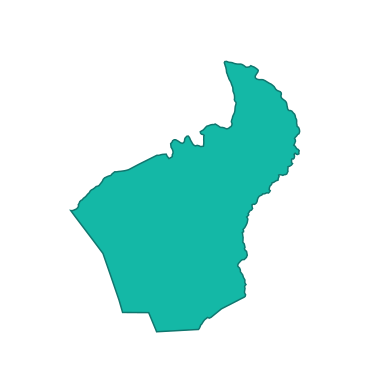 Maracás, Bahia, Brazil, rotated 209°
{"feature_id": "56859067B13324935934873", "entity_name": "Maracás", "entity_type": "district", "adm_level": 2, "iso_a3": "BRA", "parent_name": "Brazil", "parent_adm1": "Bahia", "projection": "albers", "projection_center": [-40.57, -13.536], "detail": "fine", "context": "isolated", "style": "filled", "palette": "teal", "viewbox_px": 384, "rotation_deg": 209, "n_neighbors": 0, "source": "geoboundaries", "source_scale": "gbopen_adm2", "svg_char_len": 5070}
<svg xmlns="http://www.w3.org/2000/svg" viewBox="0 0 384 384"><g transform="rotate(209 192 192)"><path d="M143.8,311.1L145.3,311.0L146.6,310.3L148.0,310.6L148.9,311.4L149.7,312.4L150.7,313.5L151.7,314.8L152.6,315.8L153.7,316.5L154.9,316.9L156.6,317.1L158.5,317.4L159.7,317.9L160.8,319.1L161.3,321.0L162.1,322.0L163.4,322.5L165.0,322.3L166.7,322.1L168.4,322.4L169.5,323.0L171.3,324.0L173.1,324.4L175.0,324.7L177.3,324.6L180.2,324.7L182.2,324.8L184.5,324.6L186.0,323.8L187.2,323.1L188.6,322.5L190.2,322.2L192.0,322.6L192.9,324.0L192.8,326.8L192.6,329.1L193.1,330.6L194.4,331.0L195.6,331.2L198.3,331.4L200.1,331.1L201.8,331.0L202.4,329.4L203.6,328.3L205.4,327.3L206.8,327.6L208.4,327.8L210.1,327.8L211.4,327.5L213.7,326.2L214.8,325.7L217.0,325.0L219.6,324.6L221.0,324.1L222.2,323.5L223.3,323.2L225.1,323.0L226.5,322.0L226.4,320.7L225.0,319.4L223.8,318.2L222.9,317.5L222.0,316.4L221.1,315.4L220.4,314.3L219.4,313.0L218.3,312.3L217.3,311.2L215.8,310.1L214.8,309.1L213.7,308.3L212.4,307.6L210.9,306.6L209.6,305.3L208.5,304.4L207.2,303.4L206.2,302.0L205.1,300.2L203.6,298.9L202.7,298.2L201.6,296.9L200.9,295.8L200.3,294.8L199.7,293.2L198.3,292.2L197.0,291.8L196.2,290.4L195.9,288.9L195.6,287.7L194.8,285.8L193.9,283.9L193.3,281.8L193.2,279.9L193.1,278.5L192.9,277.3L192.5,276.2L192.2,274.4L191.8,272.8L191.0,271.9L190.1,271.3L189.6,269.9L189.5,268.3L190.3,267.0L190.9,265.4L192.1,264.1L193.6,263.8L195.1,263.7L197.0,263.1L198.0,262.5L199.1,262.3L200.4,262.5L201.7,262.6L203.5,262.7L204.7,262.7L205.4,261.7L206.9,260.9L208.2,259.8L209.6,258.1L211.0,256.7L211.5,254.9L211.9,253.0L212.2,251.8L213.0,250.5L214.0,248.7L212.9,247.5L211.7,247.2L210.2,247.6L208.9,247.4L208.6,246.1L207.9,245.0L207.1,243.4L206.1,241.8L205.4,240.5L204.7,238.9L204.2,237.6L205.6,236.5L206.8,235.8L208.3,235.8L210.1,235.3L211.4,233.9L213.4,233.9L215.1,234.6L216.8,235.7L218.2,236.5L219.6,237.6L220.8,238.5L222.5,239.1L223.6,238.2L224.2,235.6L223.8,234.1L223.2,232.8L223.2,231.3L224.0,229.9L226.0,229.5L228.2,229.8L229.6,229.8L231.5,229.8L232.9,229.1L233.8,227.4L233.6,226.0L234.1,223.9L232.8,222.1L232.0,221.0L229.9,219.8L228.8,218.8L228.0,217.9L227.4,216.6L227.3,214.9L226.4,213.4L227.4,211.5L228.4,210.1L230.2,210.9L231.5,211.5L232.9,212.6L234.5,211.6L235.9,210.7L237.2,209.6L238.0,208.7L239.1,207.8L240.5,207.1L252.1,190.2L258.1,181.0L259.3,179.7L260.6,178.5L261.8,177.5L263.0,176.6L264.3,175.6L266.1,174.4L268.0,172.9L269.3,172.3L269.9,171.0L270.7,169.0L271.0,167.1L272.5,165.7L273.5,164.5L274.2,163.5L275.3,162.0L275.8,160.0L275.6,157.9L275.9,156.0L276.2,154.1L276.4,152.7L277.1,151.6L278.5,150.3L279.2,148.2L280.0,146.5L281.0,145.0L281.5,143.6L281.5,141.6L282.2,139.5L282.4,138.4L282.6,137.1L283.1,135.6L283.9,133.9L284.2,132.0L285.0,130.8L285.5,129.0L285.2,127.4L285.3,125.7L284.4,124.8L284.3,123.1L284.8,121.2L286.1,119.5L287.0,118.3L288.1,117.4L289.1,117.0L283.0,114.2L254.8,101.7L240.1,95.1L223.8,80.5L216.6,74.0L203.3,62.0L198.6,57.3L194.3,53.0L171.4,65.5L158.8,55.5L156.9,54.0L155.2,52.6L123.4,72.6L119.7,74.9L119.5,76.3L119.6,78.1L119.9,79.8L119.5,81.1L119.4,83.2L119.2,85.2L119.0,86.4L118.5,87.6L117.6,89.8L115.7,90.1L114.6,91.6L113.4,94.6L109.6,104.1L97.7,121.9L95.3,125.4L94.9,126.5L95.3,128.1L97.1,129.2L97.8,130.4L98.3,131.8L98.9,133.4L100.0,134.5L100.3,135.9L99.9,137.2L100.9,137.7L102.1,138.6L102.6,139.9L103.3,140.9L104.4,141.5L105.7,142.3L107.4,144.0L109.2,144.9L110.9,145.6L111.9,147.2L113.4,148.5L114.5,148.8L116.0,149.3L116.7,150.7L116.7,152.2L116.4,153.5L116.0,155.4L115.2,157.2L113.6,158.2L113.1,159.8L112.7,161.2L112.9,162.3L113.0,163.5L114.0,164.7L114.8,165.7L115.6,166.6L116.8,166.7L117.9,167.2L118.8,168.1L118.8,169.3L119.9,170.5L121.1,171.9L123.2,172.7L124.0,174.5L124.6,175.6L125.2,176.9L126.5,178.5L127.4,179.8L128.4,181.0L127.6,182.2L128.2,183.2L129.2,184.0L128.9,185.2L128.6,186.4L128.6,187.8L128.6,189.4L128.8,191.6L129.3,193.3L130.0,195.3L130.8,196.0L132.1,196.6L131.7,197.8L131.3,199.5L132.4,200.3L132.3,202.0L132.2,203.8L131.2,205.0L131.0,206.9L132.3,208.2L133.3,209.9L132.5,211.1L131.2,211.6L130.4,213.6L130.5,215.3L131.1,217.2L131.4,219.1L131.1,221.1L130.1,222.4L129.4,223.4L129.3,224.6L128.2,225.2L127.2,226.1L126.3,227.5L124.6,228.2L124.2,229.7L124.2,231.1L125.6,231.4L126.3,233.0L126.7,235.0L126.3,236.1L126.1,237.3L126.4,239.0L125.3,239.9L124.5,241.5L123.7,242.8L122.5,244.0L123.3,246.3L123.3,247.6L124.4,248.8L123.3,249.9L121.8,250.4L120.6,250.6L119.7,251.9L118.6,252.6L117.9,253.7L118.0,255.1L118.1,256.7L118.9,257.6L119.5,259.1L120.3,260.7L119.1,261.9L118.1,263.7L117.8,265.6L119.2,266.0L119.9,267.3L120.5,268.3L120.5,269.6L119.4,270.0L119.1,271.2L119.6,272.9L121.0,274.5L120.6,275.9L119.0,275.6L117.8,276.0L117.0,277.3L118.0,278.8L118.2,280.0L119.7,280.7L121.4,280.6L122.7,281.3L123.9,282.0L125.7,282.3L125.7,283.8L125.9,284.9L126.1,286.5L127.0,287.8L128.2,288.4L128.2,289.9L127.7,291.6L127.5,293.5L126.7,294.9L127.1,296.9L128.0,298.3L128.9,299.2L130.2,300.2L131.8,300.3L133.0,301.9L133.9,302.9L134.4,304.0L135.1,305.2L135.8,306.1L137.3,307.0L138.7,308.7L140.0,309.8L141.8,310.3L143.8,311.1Z" fill="#14b8a6" stroke="#0f766e" stroke-width="1.5"/></g></svg>